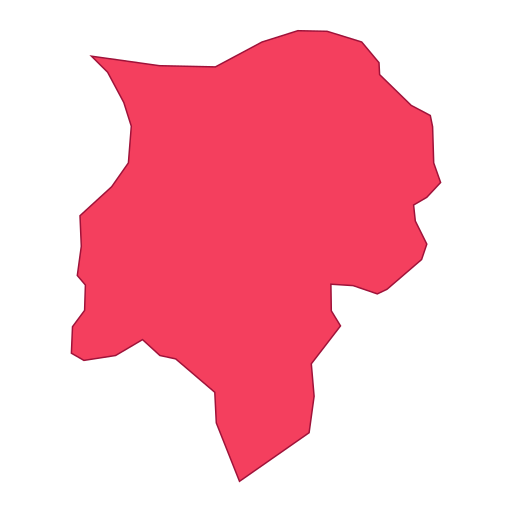 outline of Aguié, Maradi, Niger
{"feature_id": "23599985B59469969297601", "entity_name": "Aguié", "entity_type": "district", "adm_level": 2, "iso_a3": "NER", "parent_name": "Niger", "parent_adm1": "Maradi", "projection": "mercator", "projection_center": [7.641, 13.496], "detail": "fine", "context": "isolated", "style": "filled", "palette": "rose", "viewbox_px": 512, "rotation_deg": 0, "n_neighbors": 0, "source": "geoboundaries", "source_scale": "gbopen_adm2", "svg_char_len": 700}
<svg xmlns="http://www.w3.org/2000/svg" viewBox="0 0 512 512"><path d="M80.0,215.7L81.3,246.3L77.3,275.5L85.4,285.0L84.6,310.4L72.5,326.7L71.4,353.2L83.9,360.4L115.6,355.5L142.5,339.6L159.9,355.5L175.7,358.9L214.8,392.3L216.3,422.9L239.5,481.3L309.1,432.7L314.1,396.3L311.3,363.8L340.5,325.9L331.3,310.8L330.9,284.2L353.1,285.6L377.3,293.9L387.1,289.2L421.6,259.5L426.8,244.1L415.3,221.0L413.6,205.0L426.8,197.3L440.6,182.5L433.7,162.9L432.6,126.8L430.3,115.5L411.2,105.4L379.6,74.6L379.0,62.7L361.7,42.0L327.1,31.3L297.8,30.7L262.0,42.0L215.4,66.9L159.5,65.7L91.5,56.2L107.6,72.2L123.8,102.5L131.3,126.2L128.4,162.9L111.7,186.7L80.0,215.7Z" fill="#f43f5e" stroke="#9f1239" stroke-width="1.5"/></svg>